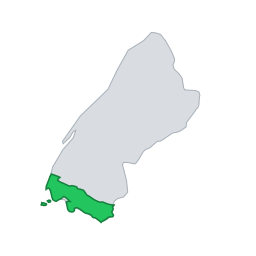 El Salvador, with La Unión highlighted, rotated 107°
{"feature_id": "SLV-1350", "entity_name": "La Unión", "entity_type": "Department", "adm_level": 1, "iso_a3": "SLV", "parent_name": "El Salvador", "parent_adm1": "", "projection": "natural_earth1", "projection_center": [-87.879, 13.537], "detail": "fine", "context": "in_parent", "style": "filled", "palette": "green", "viewbox_px": 256, "rotation_deg": 107, "n_neighbors": 0, "source": "natural_earth", "source_scale": "10m", "svg_char_len": 2755}
<svg xmlns="http://www.w3.org/2000/svg" viewBox="0 0 256 256"><g transform="rotate(107 128 128)"><path d="M90.1,68.3L92.1,68.8L105.9,73.7L109.9,72.7L115.1,76.7L117.6,79.7L119.8,84.0L130.6,92.6L132.4,96.3L140.5,101.3L143.8,105.2L147.2,106.8L154.0,108.3L159.8,110.3L160.5,111.7L161.0,117.5L162.2,122.3L165.0,122.6L168.3,120.3L179.2,113.8L189.5,109.5L195.3,112.1L198.7,117.5L202.6,119.9L210.8,118.4L218.1,118.9L223.9,123.6L225.3,126.3L221.7,141.9L220.4,148.6L219.8,154.3L221.9,155.8L223.9,158.0L223.5,161.0L217.1,166.0L215.2,167.3L216.6,177.0L211.9,182.8L207.6,187.0L199.9,188.2L187.0,188.6L167.6,183.9L153.3,177.4L145.5,177.3L148.0,179.5L154.1,180.9L162.1,185.4L159.8,186.7L130.6,177.2L96.9,158.5L76.7,155.5L53.6,150.6L40.0,138.7L29.8,133.6L28.9,129.1L29.0,124.2L33.7,117.5L42.4,108.5L48.1,103.9L50.8,103.0L54.6,103.5L58.3,100.9L61.4,94.7L64.7,90.7L73.0,86.7L74.9,85.1L74.2,81.6L72.5,74.9L72.7,70.8L75.5,68.9L78.7,68.5L85.4,66.9L88.4,67.2L90.1,68.3Z" fill="#d9dde1" stroke="#a8b0b8" stroke-width="1"/><path d="M216.8,116.4L217.6,117.1L218.4,119.6L219.1,120.7L219.5,121.0L220.7,121.5L221.2,121.9L222.5,123.1L224.8,125.4L226.2,126.1L225.5,127.5L223.8,131.8L223.4,133.4L223.9,135.0L223.5,136.0L222.7,136.9L222.0,138.1L221.7,139.8L221.8,143.4L221.6,145.1L219.6,150.5L219.1,153.2L220.0,155.4L220.8,155.7L222.6,155.1L223.8,155.6L224.4,156.4L224.8,157.6L225.0,158.9L224.8,160.1L223.4,161.9L216.9,165.3L216.2,164.9L215.8,164.1L215.2,162.0L212.9,166.6L212.2,169.3L213.8,170.5L214.7,170.9L217.5,173.9L219.0,175.1L219.1,175.6L219.1,176.8L218.5,178.9L216.8,180.3L210.7,183.8L209.1,185.3L208.8,186.9L210.7,188.4L207.8,189.1L196.4,188.3L194.4,187.8L194.8,180.3L194.9,179.5L195.1,178.6L195.3,178.7L196.0,179.2L196.7,179.7L197.6,180.1L197.8,180.1L198.1,180.1L198.5,180.0L198.7,179.8L199.7,175.8L199.8,175.2L199.7,174.6L199.7,174.2L200.7,167.3L200.7,167.1L200.6,166.8L200.5,166.6L199.7,165.2L199.6,164.7L199.3,163.0L199.3,160.6L199.3,160.0L199.5,159.6L199.6,159.4L200.0,159.2L200.4,158.8L200.7,158.4L200.8,158.0L200.8,157.7L200.5,156.3L200.5,153.4L200.6,152.2L201.2,151.4L203.7,148.3L204.3,147.3L204.5,145.5L206.3,139.9L206.8,137.3L207.1,135.1L207.1,133.3L207.0,132.7L207.0,132.4L206.9,132.2L206.4,131.4L206.3,131.2L206.2,131.0L206.2,130.7L206.6,124.8L206.4,122.1L206.0,120.6L205.8,118.7L206.2,118.8L207.5,119.7L208.0,119.9L208.4,119.6L209.4,118.7L210.1,118.5L210.9,118.5L212.5,118.9L213.3,118.8L214.1,118.2L214.8,117.2L215.6,116.4L216.8,116.4ZM224.4,185.3L224.3,184.1L224.9,183.6L226.0,184.0L226.7,185.8L226.8,187.3L227.1,188.3L226.4,188.7L225.3,188.3L224.6,188.6L224.6,187.6L224.2,186.5L224.4,185.3ZM221.1,180.6L221.8,181.0L222.3,182.4L221.8,183.2L221.3,183.8L220.2,182.7L219.9,181.2L220.4,180.6L221.1,180.6Z" fill="#22c55e" stroke="#15803d" stroke-width="1.5"/></g></svg>